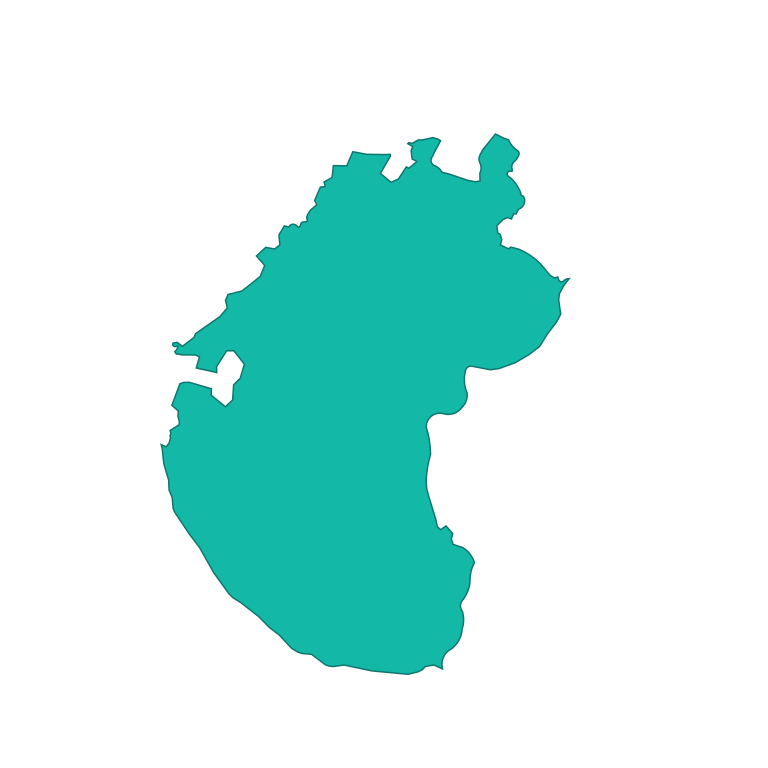 the district of Ain Al Arab, Aleppo, Syria, rotated 212°
{"feature_id": "27442178B6640625460328", "entity_name": "Ain Al Arab", "entity_type": "district", "adm_level": 2, "iso_a3": "SYR", "parent_name": "Syria", "parent_adm1": "Aleppo", "projection": "mercator", "projection_center": [38.284, 36.533], "detail": "fine", "context": "isolated", "style": "filled", "palette": "teal", "viewbox_px": 768, "rotation_deg": 212, "n_neighbors": 0, "source": "geoboundaries", "source_scale": "gbopen_adm2", "svg_char_len": 6171}
<svg xmlns="http://www.w3.org/2000/svg" viewBox="0 0 768 768"><g transform="rotate(212 384 384)"><path d="M282.8,571.5L283.5,571.0L284.1,570.5L284.7,569.9L285.2,569.2L285.6,568.6L285.9,567.9L286.5,566.0L286.9,565.3L287.4,564.9L287.8,564.6L288.4,564.4L288.9,564.3L289.8,564.3L290.6,564.6L293.3,566.8L295.9,564.2L300.7,564.2L307.5,566.4L309.8,567.2L311.7,567.8L314.6,568.7L317.3,569.3L320.6,569.9L324.3,570.3L327.7,570.6L331.1,570.6L334.1,570.5L336.8,570.3L340.2,569.9L341.5,569.6L345.3,568.5L349.1,567.2L350.0,564.6L358.9,563.6L360.7,568.8L364.7,572.4L367.6,572.4L372.2,578.0L370.2,586.4L367.6,590.6L363.4,591.4L364.1,597.2L362.1,598.2L362.6,603.2L361.5,605.1L361.1,606.0L360.7,607.2L360.5,608.4L360.5,609.7L360.6,611.0L361.0,612.2L361.5,613.3L362.1,614.3L362.8,615.2L363.6,616.0L364.6,616.7L365.2,617.1L365.9,616.9L366.6,616.8L367.4,616.9L368.0,617.2L368.8,617.7L369.1,618.1L369.4,618.5L371.8,620.3L374.0,621.6L376.5,622.9L379.1,624.0L381.8,624.9L383.4,625.3L385.3,625.7L387.0,625.9L389.1,626.1L389.8,626.4L390.4,626.8L391.0,627.5L391.2,628.2L391.3,628.6L391.3,629.1L391.2,629.6L391.1,629.9L390.7,630.6L390.2,631.2L389.6,631.5L388.8,631.8L388.5,632.0L388.2,632.3L388.1,632.7L388.2,633.1L388.4,633.4L389.7,634.5L390.2,635.1L390.6,635.7L391.0,636.3L391.2,637.0L391.5,637.6L391.6,638.3L391.7,639.4L391.7,640.5L391.6,641.3L391.2,642.5L390.9,643.7L390.7,645.0L390.7,646.2L390.7,647.7L390.9,649.0L391.1,650.1L391.4,650.8L391.7,651.3L392.2,651.8L392.7,652.2L393.3,652.5L394.2,652.7L396.2,652.8L398.0,653.0L399.7,653.4L401.3,653.8L402.9,654.4L404.6,655.2L406.1,656.1L407.7,657.1L412.9,655.9L421.9,655.1L424.4,634.9L423.9,628.6L423.6,627.2L423.1,625.8L422.3,624.6L421.4,623.6L420.5,622.8L419.0,621.8L418.1,621.0L417.1,620.0L416.4,619.0L415.7,617.8L415.1,616.5L414.7,615.0L414.5,613.7L411.1,608.5L410.1,607.1L413.7,603.9L421.1,601.0L440.0,596.6L446.6,594.4L447.8,594.6L449.0,595.2L450.3,595.7L451.3,595.9L452.4,596.1L453.6,596.2L454.8,596.2L457.8,595.9L458.5,595.9L459.2,596.1L460.1,596.4L460.7,596.7L461.4,597.1L461.9,597.7L462.4,598.2L462.8,598.9L463.1,599.6L463.4,600.3L463.5,601.3L463.5,602.2L464.1,607.9L464.9,620.3L467.7,620.3L473.1,618.9L480.6,611.5L484.5,608.9L487.5,603.1L490.9,601.8L491.1,600.4L485.4,600.6L484.7,596.3L480.3,590.8L479.0,589.6L475.6,590.2L474.1,589.6L477.3,580.0L480.1,580.0L480.4,565.6L484.9,558.8L498.7,560.7L499.3,580.4L500.4,582.0L506.0,578.3L520.4,569.6L533.5,564.5L531.2,549.2L542.6,542.4L537.5,531.5L541.9,523.5L539.4,521.5L538.6,520.0L542.3,517.4L540.1,502.8L537.9,501.8L536.0,500.1L538.5,492.6L538.6,487.3L537.8,484.1L535.6,482.2L535.7,480.5L538.7,478.4L539.6,476.7L538.7,473.0L539.7,471.5L541.2,471.8L542.0,472.0L542.9,472.2L543.5,472.1L544.1,472.0L545.2,471.7L545.8,471.3L546.4,470.8L546.9,470.3L547.4,469.6L547.7,468.8L547.9,468.1L547.9,467.4L547.9,466.7L552.3,465.3L552.1,454.7L546.1,446.9L548.2,440.6L556.7,437.2L560.0,425.0L550.8,422.2L547.9,421.1L546.0,409.5L551.2,394.6L553.8,387.6L563.7,377.2L562.7,370.9L557.2,365.5L558.9,354.2L570.5,326.8L569.7,323.0L574.9,309.2L581.5,309.7L584.6,306.8L583.9,305.1L581.6,304.6L578.7,306.9L578.0,303.7L578.5,300.5L575.9,299.4L574.5,300.3L570.6,301.7L559.3,308.7L554.8,309.2L551.7,298.1L531.9,305.1L535.2,310.0L535.0,328.8L529.0,332.6L512.9,326.8L509.0,312.8L511.1,303.7L503.9,290.2L506.4,280.7L524.6,282.9L527.8,288.5L550.2,282.2L554.8,279.1L557.2,276.0L552.6,253.5L544.1,252.1L541.7,247.5L537.6,243.6L536.1,240.8L540.8,231.3L538.3,228.9L538.3,227.3L536.4,224.9L535.0,220.1L535.4,215.4L540.8,214.5L537.8,211.6L528.5,199.7L515.7,188.4L510.1,180.2L503.6,175.6L496.9,166.8L494.2,164.7L470.1,153.8L453.6,147.5L428.5,133.8L404.5,124.0L399.1,122.7L389.3,122.7L366.8,120.3L351.7,116.7L339.8,115.6L322.2,110.9L315.1,110.9L310.8,112.0L302.2,116.4L284.9,114.8L281.4,115.6L277.6,117.3L268.9,124.5L242.2,134.3L209.9,150.5L202.9,157.6L200.4,161.4L199.1,166.5L192.8,172.1L183.4,173.4L184.6,174.6L185.5,175.8L186.4,177.1L187.3,178.6L187.9,180.1L188.4,181.8L188.7,183.3L188.9,185.1L189.0,186.4L188.9,187.7L188.7,188.9L188.5,190.2L188.2,191.2L187.8,192.4L187.3,193.6L186.7,194.7L185.9,196.7L185.3,199.0L185.1,200.2L184.8,201.6L184.7,203.9L184.6,205.1L184.7,206.6L184.8,207.7L185.0,209.1L185.2,210.3L185.5,211.7L186.0,213.1L186.5,214.6L187.1,215.9L187.8,217.4L188.5,219.7L189.3,221.9L190.4,224.3L191.7,226.5L192.6,227.9L193.8,229.3L195.0,230.7L196.1,231.9L197.0,232.7L198.0,233.1L198.9,233.7L199.7,234.3L200.5,235.0L201.0,235.6L201.5,236.3L201.9,237.0L202.3,237.8L202.6,238.6L202.8,239.3L202.9,240.1L202.9,240.9L202.9,241.8L202.7,243.1L202.6,245.2L202.6,247.0L202.7,248.9L203.0,251.7L203.6,254.6L204.0,256.1L204.4,257.6L205.0,259.1L205.6,260.5L206.3,261.9L207.6,263.9L208.8,266.2L209.7,268.2L210.6,270.5L211.4,272.8L212.0,275.3L212.4,277.9L212.6,280.5L214.1,281.6L215.7,282.7L217.3,283.7L219.1,284.6L220.9,285.3L222.6,286.0L224.9,286.5L225.8,286.7L228.2,286.9L230.4,287.0L240.5,284.6L244.6,288.1L246.5,293.5L256.2,296.5L258.7,290.5L263.2,291.2L268.4,296.7L289.0,314.6L290.4,315.9L291.7,317.3L292.9,318.7L294.1,320.2L296.1,323.1L298.0,326.1L299.2,328.4L300.3,330.8L301.9,334.1L303.4,337.7L304.8,341.3L306.0,345.0L307.1,348.8L309.0,351.6L311.0,354.4L313.1,357.1L315.4,359.9L317.7,362.5L320.3,365.1L322.8,367.5L325.5,369.9L326.0,370.8L326.4,371.7L326.8,372.6L327.2,373.8L327.4,375.0L327.5,376.5L327.5,378.0L327.4,379.5L327.1,380.7L326.7,382.1L326.1,383.5L325.3,384.8L324.4,386.0L323.6,386.9L322.5,387.9L321.5,388.6L320.5,389.3L319.4,389.8L318.5,390.2L317.3,390.5L316.1,390.9L315.0,391.4L313.9,392.0L312.8,392.7L311.7,393.5L310.6,394.5L309.6,395.5L308.7,396.6L307.9,397.8L307.3,399.1L306.6,400.6L306.2,401.8L305.9,403.0L305.7,404.4L305.3,406.3L305.1,408.0L305.0,409.2L305.0,410.4L305.1,411.5L305.3,412.7L305.6,413.9L305.9,415.0L306.3,416.2L306.8,417.3L307.7,418.9L308.8,420.5L310.2,421.5L311.6,422.6L313.0,423.9L314.3,425.2L315.4,426.5L316.5,427.9L317.6,429.5L318.7,431.2L319.8,433.1L320.7,435.1L321.4,437.0L322.2,439.2L322.3,440.1L322.3,441.0L322.2,441.9L321.9,442.8L321.4,443.6L320.8,444.4L320.1,445.0L319.3,445.5L301.2,452.5L294.6,458.1L284.0,471.6L276.6,485.7L271.9,498.3L271.9,513.5L270.5,527.9L271.2,537.0L280.4,547.8L283.0,553.3L283.7,562.6L282.8,571.5Z" fill="#14b8a6" stroke="#0f766e" stroke-width="1.5"/></g></svg>